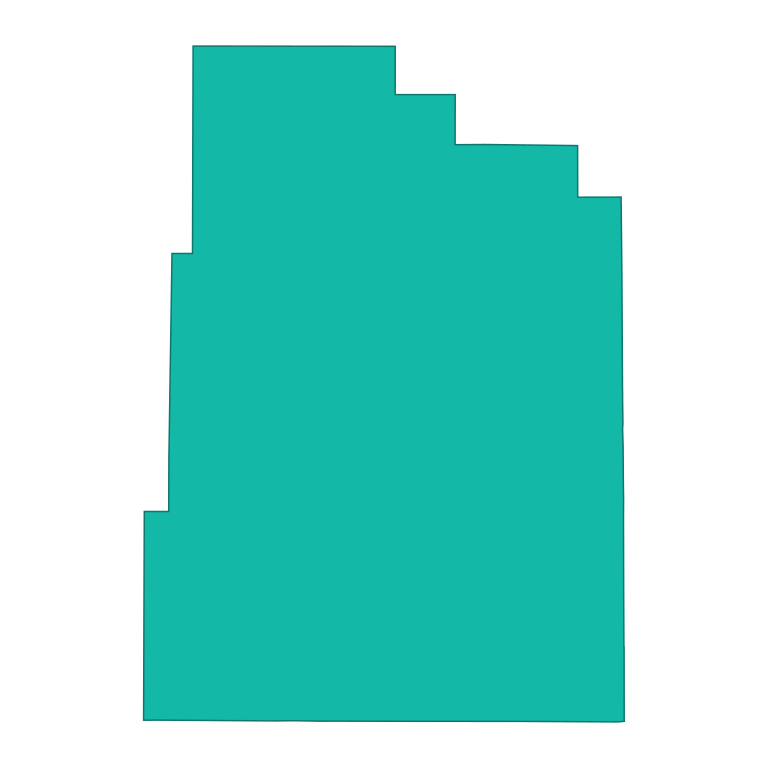 Carter, Montana, United States of America (Robinson projection)
{"feature_id": "52423323B60949778824186", "entity_name": "Carter", "entity_type": "district", "adm_level": 2, "iso_a3": "USA", "parent_name": "United States of America", "parent_adm1": "Montana", "projection": "robinson", "projection_center": [-104.408, 45.567], "detail": "fine", "context": "isolated", "style": "filled", "palette": "teal", "viewbox_px": 768, "rotation_deg": 0, "n_neighbors": 0, "source": "geoboundaries", "source_scale": "gbopen_adm2", "svg_char_len": 715}
<svg xmlns="http://www.w3.org/2000/svg" viewBox="0 0 768 768"><path d="M143.6,720.2L149.8,720.2L152.7,720.2L153.2,720.1L275.0,720.9L277.6,720.9L293.7,720.7L323.1,721.2L323.7,721.1L416.9,721.3L417.0,721.3L522.9,721.4L615.5,721.9L619.1,721.8L624.4,721.3L624.2,720.0L624.1,646.8L623.9,646.2L623.7,594.1L623.5,521.1L623.5,515.5L623.6,498.4L623.4,486.9L623.1,445.9L622.6,429.2L622.9,423.7L622.9,421.7L622.6,400.5L622.6,393.7L622.5,389.4L621.9,275.4L621.2,205.2L621.1,203.1L621.1,197.1L577.7,197.2L577.6,145.6L485.1,144.5L455.1,144.7L455.2,94.6L395.2,94.6L395.2,46.3L218.7,46.1L193.1,46.1L192.5,253.5L172.0,253.5L168.9,457.7L168.7,511.5L144.3,511.5L143.6,720.2Z" fill="#14b8a6" stroke="#0f766e" stroke-width="1.5"/></svg>